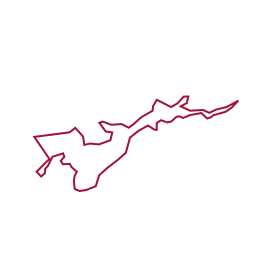 the district of Navbakhor, Navoi, Uzbekistan, rotated 312°
{"feature_id": "79887680B67095237367046", "entity_name": "Navbakhor", "entity_type": "district", "adm_level": 2, "iso_a3": "UZB", "parent_name": "Uzbekistan", "parent_adm1": "Navoi", "projection": "equal_earth", "projection_center": [65.4, 40.147], "detail": "fine", "context": "isolated", "style": "outline", "palette": "rose", "viewbox_px": 256, "rotation_deg": 312, "n_neighbors": 0, "source": "geoboundaries", "source_scale": "gbopen_adm2", "svg_char_len": 1035}
<svg xmlns="http://www.w3.org/2000/svg" viewBox="0 0 256 256"><g transform="rotate(312 128 128)"><path d="M58.7,64.3L52.4,90.3L34.3,89.3L33.8,95.9L38.6,96.5L42.4,93.7L46.2,93.8L56.0,91.1L65.7,96.7L64.0,100.0L58.6,100.0L57.5,103.8L62.4,108.8L61.2,112.1L61.2,119.3L56.9,120.3L52.5,123.1L47.1,129.1L48.7,134.1L54.1,138.5L63.2,143.0L73.5,138.2L84.9,139.4L97.3,141.7L108.1,143.0L122.2,135.9L133.0,137.7L143.2,141.2L144.5,148.8L145.8,150.6L151.0,146.0L155.9,147.3L158.4,153.4L161.7,155.8L168.7,156.5L171.3,158.7L172.2,162.1L179.2,165.5L188.2,172.5L188.0,180.4L191.2,182.3L194.8,183.0L205.4,189.7L212.4,191.4L222.2,191.7L209.8,187.4L200.7,181.2L193.7,178.3L191.6,171.7L182.5,162.7L179.3,152.7L185.8,155.0L191.8,151.8L188.6,148.4L179.4,148.3L172.4,146.0L168.2,130.5L161.1,132.0L157.3,134.7L144.9,130.7L134.1,129.5L128.7,128.3L126.6,120.6L119.1,113.3L115.9,105.0L112.7,103.3L110.5,113.7L114.2,119.3L107.1,123.1L96.4,117.4L91.0,110.2L86.2,106.8L91.6,100.3L92.8,88.7L85.7,87.5L58.7,64.3Z" fill="none" stroke="#9f1239" stroke-width="2"/></g></svg>